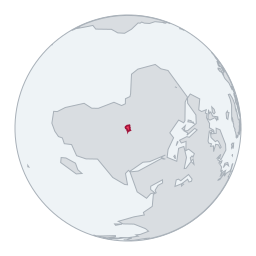 globe centered on Bamingui-Bangoran, rotated 100°
{"feature_id": "CAF-806", "entity_name": "Bamingui-Bangoran", "entity_type": "Prefecture", "adm_level": 1, "iso_a3": "CAF", "parent_name": "Central African Republic", "parent_adm1": "", "projection": "orthographic", "projection_center": [20.535, 8.397], "detail": "medium", "context": "on_globe", "style": "filled", "palette": "rose", "viewbox_px": 256, "rotation_deg": 100, "n_neighbors": 0, "source": "natural_earth", "source_scale": "10m", "svg_char_len": 8315}
<svg xmlns="http://www.w3.org/2000/svg" viewBox="0 0 256 256"><g transform="rotate(100 128 128)"><circle cx="128" cy="128" r="113" fill="#eef3f6" stroke="#a8b0b8"/><path d="M95.7,20.1L95.9,20.0L92.6,21.1L92.0,21.3L91.2,21.6L89.4,22.2L90.5,21.8L86.5,23.3L90.8,21.8L87.9,23.0L85.1,24.0L85.0,23.9L83.3,24.6L95.7,20.1ZM59.0,39.0L58.6,39.3L60.4,37.9L63.9,35.4L66.4,33.9L70.4,31.3L72.0,30.5L76.3,28.2L76.0,28.6L73.5,30.5L69.9,32.6L68.7,33.6L72.5,31.9L66.1,36.5L62.6,41.0L60.9,42.4L56.9,44.1L56.0,42.9L51.0,46.4L54.7,44.4L50.4,48.5L49.9,49.5L50.3,49.6L52.1,48.2L50.8,49.9L46.6,52.1L47.7,50.6L49.1,49.8L48.6,49.5L45.8,51.6L43.8,53.9L41.6,55.8L40.1,57.5L38.9,59.1L40.6,57.0L41.3,56.1L41.0,56.5L46.5,50.2L52.5,44.4L59.0,39.0ZM17.2,107.6L17.9,104.4L17.3,107.9L18.3,109.4L17.9,110.7L18.6,119.9L21.3,124.9L21.9,130.1L21.3,132.9L22.7,134.3L22.8,136.3L30.1,141.7L35.3,147.8L36.1,154.6L33.7,161.4L36.2,176.9L33.1,180.4L35.5,186.5L38.5,194.6L36.2,192.8L40.1,197.8L41.5,200.0L40.9,199.5L41.8,200.5L36.7,194.0L32.1,187.1L28.0,179.9L24.5,172.4L21.5,164.7L19.1,156.8L17.3,148.7L16.1,140.6L15.4,132.3L15.4,124.1L16.0,115.8L17.2,107.6ZM76.1,28.1L75.3,28.6L76.1,28.1ZM77.9,27.2L76.9,27.7L77.6,27.3L78.2,27.0L77.9,27.2ZM80.8,25.7L83.6,24.5L79.0,26.7L78.9,26.6L79.7,26.2L80.8,25.7ZM100.1,18.9L99.1,19.1L98.5,19.3L100.1,18.9ZM98.4,19.3L100.1,18.9L98.8,19.3L96.4,19.9L98.4,19.3ZM95.0,21.0L95.2,20.7L97.0,20.1L95.0,21.0ZM100.8,18.7L101.3,18.6L102.0,18.4L102.8,18.3L100.8,18.7ZM105.8,17.7L101.6,18.7L100.8,19.2L99.2,19.6L100.9,18.8L105.8,17.7ZM105.7,17.6L105.4,17.7L103.6,18.1L102.7,18.3L105.7,17.6ZM105.9,17.7L106.8,17.5L106.0,17.7L105.9,17.7ZM110.6,16.7L110.2,16.8L110.6,16.7ZM109.0,17.1L107.7,17.4L107.0,17.4L109.0,17.1ZM109.8,16.9L111.1,16.7L107.6,17.3L109.6,16.9L109.8,16.9ZM111.0,16.7L111.5,16.6L111.0,16.7L111.0,16.7ZM112.2,16.9L108.0,17.6L106.6,17.7L110.9,16.9L112.2,16.9ZM58.6,216.7L59.4,217.3L59.7,217.6L58.6,216.7ZM232.0,84.8L232.9,87.3L233.6,89.3L232.6,87.3L233.7,91.6L237.5,102.5L238.3,105.8L238.9,112.9L238.5,110.3L235.8,105.1L237.0,113.3L239.1,119.4L239.9,127.3L239.1,125.2L238.1,118.4L237.1,116.3L236.1,109.2L232.8,99.2L231.9,101.7L230.7,97.5L226.1,89.8L224.1,93.3L221.6,105.4L223.3,116.2L221.6,121.4L214.5,106.8L210.8,96.8L208.5,98.2L201.0,90.5L188.9,91.5L186.9,89.0L184.6,90.5L179.3,88.4L176.1,84.4L173.0,85.0L181.4,95.5L184.7,95.0L187.1,90.4L188.8,94.3L194.0,97.5L189.3,107.9L170.9,118.4L168.6,110.4L152.2,89.7L152.4,87.3L152.4,87.0L152.1,86.5L151.1,90.5L148.1,86.5L157.4,100.9L159.1,107.3L170.6,118.9L169.6,120.2L173.2,122.6L184.0,118.6L184.2,121.4L179.4,134.4L163.9,152.6L165.7,164.0L164.2,173.8L154.1,180.7L154.5,188.0L149.2,190.9L148.5,195.0L143.9,199.5L136.5,203.8L124.5,204.1L124.1,200.5L118.7,193.3L111.3,175.5L114.8,167.2L113.8,160.7L105.1,146.3L107.0,138.2L104.6,134.8L99.6,135.6L96.7,131.5L93.7,131.4L74.4,133.9L68.3,128.5L60.7,112.2L64.0,105.9L64.4,98.6L87.3,74.8L92.5,76.2L110.9,73.2L113.2,74.1L111.4,79.5L125.5,86.0L129.7,81.4L142.1,84.8L150.1,84.4L152.3,74.2L139.2,74.6L136.5,69.8L146.8,65.3L158.2,65.6L157.6,63.8L150.0,60.0L152.4,56.7L147.4,58.5L149.6,60.2L146.6,61.5L144.4,60.1L145.3,58.9L141.7,58.2L138.3,64.6L140.2,67.1L131.1,68.5L133.5,72.9L131.1,75.1L126.3,68.6L126.5,66.1L117.9,59.6L116.8,62.2L124.9,68.7L122.5,68.2L121.1,72.3L120.3,68.8L111.7,61.6L103.3,63.4L93.2,73.6L88.2,74.6L83.7,72.6L86.9,62.4L97.8,61.5L99.0,58.4L96.4,54.1L99.9,54.4L100.2,52.7L104.3,52.4L109.5,48.4L113.6,47.9L115.3,43.2L117.6,42.4L115.9,45.4L117.0,47.4L127.0,46.9L128.8,45.9L129.1,43.0L131.8,43.5L130.8,40.7L136.4,39.6L128.8,38.8L128.9,36.0L132.0,33.8L130.7,32.9L125.6,36.5L124.8,38.1L126.3,39.6L122.9,44.6L119.5,45.6L117.9,40.2L112.9,41.2L113.8,37.1L127.1,29.1L132.8,27.8L143.1,31.0L142.0,32.6L137.8,32.1L142.1,34.9L141.6,33.5L143.8,34.1L144.5,31.9L146.2,32.3L144.0,29.8L146.1,30.0L147.4,31.5L150.2,29.0L154.5,29.2L154.3,28.5L152.9,27.7L159.2,28.7L158.8,28.2L156.6,27.6L154.4,26.3L152.9,24.5L155.2,25.0L156.0,25.7L161.2,28.0L163.0,30.1L163.8,30.2L162.7,28.5L156.5,25.5L154.9,24.4L158.1,25.5L156.8,25.0L156.8,24.6L158.8,24.7L155.5,23.4L151.9,19.5L155.5,19.7L158.7,20.9L158.6,19.8L162.7,20.9L160.6,20.2L159.7,19.9L167.7,22.6L175.4,25.8L182.8,29.6L190.0,34.0L196.8,38.8L203.2,44.2L209.3,50.0L214.8,56.2L219.9,62.9L224.5,69.9L228.5,77.2L232.0,84.8ZM79.8,86.8L79.3,89.0L79.8,86.8ZM170.8,71.5L177.4,71.6L173.6,65.6L175.8,65.2L173.7,63.5L173.3,65.2L168.1,60.4L170.6,58.6L169.4,56.2L167.1,56.1L163.3,60.3L170.8,66.9L169.6,69.4L170.8,71.5ZM18.4,109.4L18.3,110.8L18.1,110.6L18.4,109.4ZM21.3,93.2L21.3,94.2L20.9,94.3L21.3,93.2ZM22.1,89.5L21.3,92.7L20.7,93.8L20.9,93.2L22.1,89.5ZM50.6,48.4L50.9,48.2L51.0,48.7L50.2,49.2L50.6,48.4ZM56.2,47.5L53.8,50.1L54.9,48.4L53.3,49.4L53.6,47.2L60.0,43.0L57.1,45.2L56.2,47.5ZM55.8,43.7L54.9,45.2L55.7,43.7L55.8,43.7ZM97.7,44.9L99.2,45.8L97.8,47.6L92.6,49.2L94.6,46.4L97.7,44.9ZM101.6,46.7L101.4,41.5L104.6,40.7L102.8,42.0L105.0,42.0L102.7,44.1L106.0,48.7L105.0,50.8L96.0,51.9L99.5,50.3L97.8,49.3L101.6,46.7ZM95.2,32.8L95.2,31.3L102.2,31.2L101.4,32.6L96.2,34.0L94.1,33.1L95.2,32.8ZM85.0,24.5L84.5,24.5L85.4,24.1L86.6,23.8L85.0,24.5ZM95.0,20.9L88.0,24.1L87.1,24.2L84.1,26.4L80.6,27.7L82.7,26.2L77.7,29.0L78.2,28.1L75.1,30.1L80.0,26.6L80.2,26.2L81.4,26.1L84.6,24.9L86.0,24.2L90.3,22.3L92.3,21.2L95.9,20.1L97.8,19.6L95.6,20.3L97.3,20.0L94.0,21.0L95.0,20.9ZM118.6,19.0L115.9,19.0L118.8,19.9L115.5,20.3L116.0,20.4L113.8,21.2L112.0,22.3L110.5,22.4L110.5,22.8L109.0,23.5L108.4,24.1L105.5,24.7L104.6,25.6L103.7,25.3L102.9,26.9L102.2,26.0L100.2,26.9L101.9,27.3L87.3,30.0L81.8,32.4L77.6,35.0L76.9,33.6L80.4,30.4L85.9,27.0L91.4,25.1L90.1,25.0L92.3,24.2L92.4,24.6L93.5,23.5L95.4,22.9L100.3,20.9L100.9,19.9L102.7,19.3L103.4,19.4L104.7,18.8L107.3,18.7L108.7,18.3L112.6,18.0L113.2,18.8L114.7,18.3L117.7,18.3L118.6,19.0ZM113.3,16.8L114.8,17.2L113.7,17.8L107.3,18.1L105.7,18.5L101.6,19.0L103.2,18.3L104.3,18.2L105.6,17.9L104.6,18.2L106.5,17.8L107.9,17.7L109.8,17.3L109.8,17.5L113.3,16.8ZM115.7,72.0L117.5,72.2L120.3,71.9L119.4,74.7L115.7,72.0ZM109.8,67.1L111.4,66.7L111.5,70.1L109.7,70.1L109.8,67.1ZM112.1,63.8L111.4,66.4L110.7,65.0L112.1,63.8ZM117.4,45.0L119.1,44.6L119.3,45.2L118.5,46.3L117.4,45.0ZM126.5,23.3L125.1,22.8L125.6,22.6L124.5,21.3L126.8,21.1L128.4,21.8L126.5,23.3ZM150.2,76.0L148.0,78.0L146.7,77.1L147.7,76.6L150.2,76.0ZM133.0,76.3L137.1,77.5L132.8,77.0L133.0,76.3ZM128.8,22.8L128.1,22.2L129.7,22.5L128.8,22.8ZM128.5,20.9L130.3,21.1L127.0,20.9L128.5,20.9ZM183.7,218.8L183.6,219.9L182.2,220.2L183.7,218.8ZM182.2,171.0L173.7,188.3L168.7,188.7L168.3,183.9L171.8,173.6L177.8,170.2L180.8,165.4L182.2,171.0ZM239.6,143.6L239.4,142.8L239.7,140.7L239.9,140.6L239.6,143.6ZM239.7,140.7L239.1,136.1L236.2,121.7L237.3,121.5L239.9,129.7L239.8,131.4L240.1,135.2L239.7,140.7ZM240.5,133.4L240.6,127.6L240.6,124.3L240.6,124.2L240.5,133.4ZM223.7,117.2L226.0,123.3L224.8,124.6L223.7,117.2ZM234.7,92.4L234.8,93.1L234.2,91.6L233.8,89.7L234.7,92.4ZM147.8,22.4L146.7,24.2L147.5,25.9L150.4,27.2L145.9,26.4L144.7,23.8L147.8,22.4ZM151.1,19.7L148.6,18.9L150.0,19.0L150.7,19.2L151.1,19.7ZM149.4,19.4L145.8,19.1L144.6,18.5L147.7,18.9L149.4,19.4ZM137.4,20.3L136.9,20.8L135.6,20.5L137.4,20.3ZM156.0,18.9L155.7,18.8L156.0,18.9ZM152.4,18.1L151.1,17.8L153.7,18.4L152.4,18.1Z" fill="#d9dde1" stroke="#a8b0b8" stroke-width="1"/><path d="M128.5,126.0L128.8,126.0L128.9,125.9L129.0,125.8L129.1,125.7L129.4,125.7L129.6,125.5L129.7,125.4L129.8,125.3L129.9,125.6L130.1,125.7L130.3,125.8L130.4,126.0L130.6,126.4L130.8,126.7L130.9,126.8L131.0,126.9L131.1,127.2L131.1,127.3L131.3,127.4L131.6,127.5L131.1,127.6L130.8,127.6L130.8,128.0L130.8,128.3L130.6,128.4L130.4,128.1L130.1,128.2L130.1,128.3L129.9,128.3L129.7,128.5L129.2,128.8L129.1,129.1L129.2,129.4L129.0,129.6L128.9,129.8L128.7,130.2L128.5,130.3L128.3,130.3L128.2,130.5L127.9,130.7L127.4,130.7L127.1,130.5L127.0,130.3L126.8,130.3L126.7,130.0L126.6,129.9L126.5,129.7L126.4,129.7L126.2,129.6L126.1,129.4L125.9,129.3L125.9,129.2L125.9,129.3L125.8,129.2L125.7,129.3L125.6,129.2L125.7,128.9L125.7,128.7L125.8,128.7L125.7,128.7L125.5,128.2L125.3,128.0L125.2,127.8L125.2,127.7L125.3,127.4L125.1,127.3L124.9,127.2L125.0,126.9L125.3,126.8L125.5,126.8L125.8,126.8L126.0,126.8L126.2,126.7L126.3,126.8L126.5,126.7L126.8,126.7L127.0,126.6L127.3,126.6L127.5,126.6L127.8,126.5L127.9,126.4L128.0,126.2L128.3,126.2L128.2,126.1L128.4,126.1L128.5,126.0Z" fill="#f43f5e" stroke="#9f1239" stroke-width="1.5"/></g></svg>